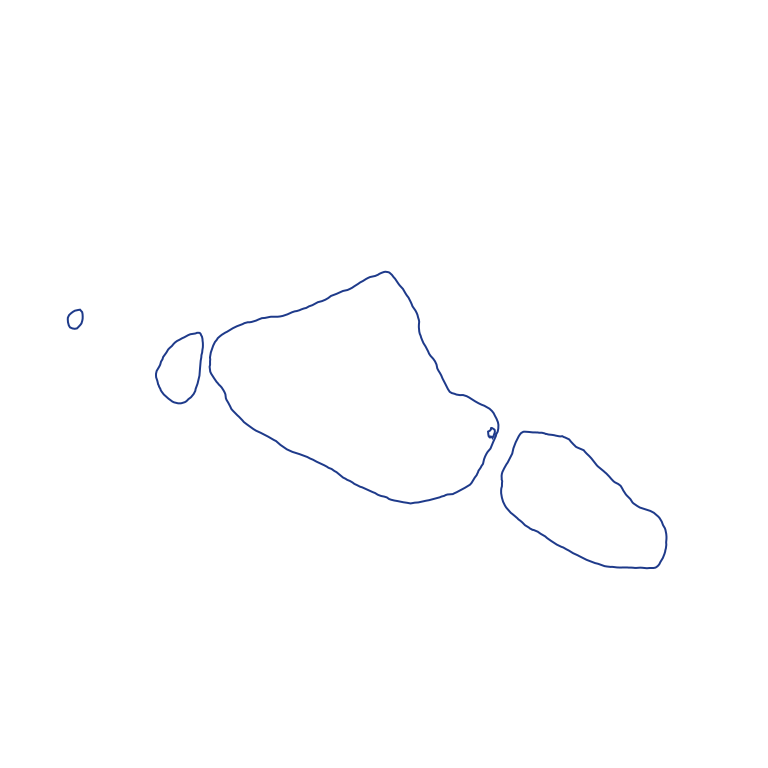 the district of Male', Maldives, rotated 289°
{"feature_id": "70690204B31972615950169", "entity_name": "Male'", "entity_type": "district", "adm_level": 2, "iso_a3": "MDV", "parent_name": "Maldives", "parent_adm1": "", "projection": "orthographic", "projection_center": [73.47, 4.391], "detail": "fine", "context": "isolated", "style": "outline", "palette": "blue", "viewbox_px": 768, "rotation_deg": 289, "n_neighbors": 0, "source": "geoboundaries", "source_scale": "gbopen_adm2", "svg_char_len": 6123}
<svg xmlns="http://www.w3.org/2000/svg" viewBox="0 0 768 768"><g transform="rotate(289 384 384)"><path d="M489.8,355.9L491.1,352.8L491.1,351.4L490.6,348.8L489.9,347.5L488.3,345.5L486.7,343.8L485.4,342.8L483.3,340.5L480.6,336.0L479.1,334.4L477.4,332.8L474.6,330.6L472.3,328.4L470.2,326.9L466.6,324.0L464.7,322.6L462.9,320.9L461.0,318.9L458.6,314.9L453.8,309.8L450.0,305.2L447.1,303.3L444.6,301.1L442.2,298.4L439.8,294.8L435.2,290.6L433.0,287.8L430.6,285.7L429.2,283.5L427.5,281.4L426.2,280.0L424.6,277.8L423.6,275.9L421.9,273.7L418.4,270.0L415.4,266.1L414.0,263.7L413.1,261.8L412.4,259.9L411.1,256.0L410.5,254.6L407.7,249.9L406.5,247.1L404.1,244.3L402.3,242.4L401.0,240.6L399.5,238.5L398.5,236.6L398.1,235.2L396.1,232.2L394.6,230.8L390.7,226.1L387.5,222.9L382.3,218.6L380.9,217.2L377.7,214.6L375.5,213.2L373.2,211.9L371.3,211.5L368.7,210.5L364.7,210.0L357.4,210.0L352.5,210.8L350.6,211.7L348.9,212.1L345.5,213.3L343.5,213.5L339.1,215.7L337.5,217.2L334.1,221.5L331.5,225.0L330.7,226.5L329.6,228.2L329.0,229.6L327.9,231.6L325.6,234.5L324.1,236.1L322.6,237.4L319.1,239.1L317.8,240.2L315.7,242.7L312.8,245.8L310.7,247.8L309.6,249.7L306.6,255.7L305.9,257.4L303.6,261.9L302.4,263.9L301.2,267.5L298.9,275.1L298.2,278.2L297.7,283.4L296.5,291.6L295.2,298.2L294.9,300.5L292.7,305.9L290.6,313.4L290.5,314.4L290.0,319.5L290.2,326.9L290.0,335.3L289.5,338.3L289.3,341.5L288.6,345.5L287.7,354.0L287.2,357.1L286.7,358.8L286.6,362.1L285.6,365.4L285.2,367.8L282.2,375.8L281.9,378.4L281.4,380.3L281.2,383.5L280.6,386.4L279.9,388.5L279.6,391.4L279.1,394.8L279.2,397.0L278.1,408.5L278.0,411.1L277.3,414.0L277.2,416.1L277.2,417.9L277.6,420.8L277.7,423.6L276.9,426.2L276.9,428.5L277.2,431.8L277.7,434.8L278.5,440.9L279.2,444.5L279.7,448.0L281.8,451.7L283.2,455.0L287.3,461.7L288.8,464.4L295.0,473.6L296.3,475.0L297.8,477.3L299.1,478.5L300.2,480.0L302.3,484.9L303.5,486.0L305.3,487.9L312.2,494.3L316.8,498.1L319.0,499.0L325.1,500.3L328.0,501.3L328.8,501.3L331.0,501.6L332.9,501.6L334.8,502.2L336.7,502.7L337.9,502.8L340.7,503.6L345.4,503.1L348.4,503.2L351.4,503.6L353.6,504.1L357.6,505.7L364.5,506.1L371.0,506.7L373.2,506.5L375.9,507.0L379.0,506.6L382.6,505.5L384.9,504.2L387.8,501.7L390.2,499.1L392.1,497.2L393.6,494.9L395.0,491.8L396.1,485.9L396.2,482.9L396.6,479.6L397.3,475.8L399.0,468.7L399.4,466.1L399.3,462.3L398.2,459.4L397.6,455.9L397.7,454.0L397.5,451.0L398.0,448.7L400.0,446.1L404.3,441.7L408.2,437.6L410.8,435.3L412.7,433.2L414.3,431.2L416.1,429.3L419.5,427.3L422.0,424.9L423.9,422.3L425.8,418.8L427.4,416.7L429.2,415.1L433.0,411.1L435.5,408.0L437.9,405.8L440.0,404.0L441.6,402.9L443.1,401.5L445.0,400.3L449.2,398.4L451.4,397.7L454.3,397.0L456.1,396.0L458.0,394.6L460.3,393.1L462.0,391.6L463.7,389.8L466.7,385.7L468.6,384.1L470.2,382.6L473.7,379.0L475.2,376.7L476.8,374.7L480.1,370.9L482.3,366.8L483.5,365.0L487.2,360.1L488.1,358.4L489.8,355.9ZM374.1,504.5L370.0,504.5L368.8,504.2L369.0,504.1L369.3,503.6L369.1,502.5L368.9,502.7L368.5,502.7L368.2,502.1L367.9,501.3L368.8,499.9L370.4,499.0L372.9,497.9L374.3,499.3L375.1,499.6L375.9,499.9L376.8,499.6L377.2,499.6L377.5,500.1L377.5,500.6L377.0,502.8L376.7,503.5L375.5,504.2L374.1,504.5ZM392.4,572.6L392.4,571.2L392.7,569.5L392.0,568.2L391.6,566.8L391.1,563.1L391.0,561.7L390.6,559.4L389.8,556.0L389.7,554.7L389.7,554.0L389.4,553.1L389.6,552.0L389.3,549.0L388.4,546.4L388.2,545.1L386.6,540.1L385.8,536.5L384.7,532.5L384.2,531.3L382.4,529.7L380.8,529.0L378.4,528.4L375.4,528.0L371.8,527.5L368.7,527.4L365.3,527.3L359.9,527.9L350.0,526.5L347.9,525.9L343.5,525.1L339.4,524.6L337.4,524.7L335.4,525.1L332.9,526.1L332.3,526.2L330.6,527.4L328.8,527.8L325.7,528.8L323.6,528.9L321.8,529.3L318.9,530.3L314.9,532.5L311.5,534.9L308.5,537.9L307.1,539.6L306.3,540.9L305.4,542.5L303.5,545.8L302.9,547.6L301.7,550.8L300.5,553.8L299.8,555.1L299.1,557.4L298.2,559.7L296.4,563.3L295.4,567.8L294.8,569.4L294.7,571.0L294.4,571.7L294.7,573.0L294.4,577.5L293.4,580.8L292.4,586.0L291.4,588.4L290.1,592.9L288.4,599.7L287.8,604.7L287.8,606.7L287.1,610.2L286.7,613.0L285.6,617.8L285.1,623.0L284.9,624.1L283.7,632.8L283.4,641.9L283.6,643.9L283.7,645.0L283.6,651.8L284.0,654.1L284.8,657.7L285.5,659.7L286.4,663.9L287.1,666.3L289.7,673.6L290.0,674.9L290.9,677.6L291.4,679.4L291.7,680.8L292.3,682.6L293.8,686.1L294.4,688.3L295.0,690.9L295.4,692.6L296.4,694.8L297.8,698.8L298.8,700.5L299.9,701.4L301.6,702.4L303.3,703.0L305.7,703.3L310.3,704.3L314.7,704.5L317.2,704.4L318.0,704.2L320.5,704.0L323.8,703.3L326.2,702.3L329.5,701.5L331.6,700.8L334.1,699.7L337.7,697.6L339.1,696.5L341.4,693.8L344.3,691.4L346.9,688.3L347.9,686.6L350.1,681.1L350.7,677.1L350.5,666.1L351.1,663.2L352.3,658.9L352.8,657.7L353.3,657.0L355.4,654.4L357.7,649.7L358.5,648.4L359.6,647.0L361.3,644.8L362.4,643.7L364.2,641.6L364.8,640.8L365.7,638.1L366.2,634.4L366.7,632.8L368.2,629.9L369.8,627.2L371.8,623.3L372.4,621.7L373.1,620.1L375.7,613.1L376.4,611.7L381.2,604.3L382.7,601.5L384.2,598.2L385.0,596.7L385.6,595.6L386.4,594.4L386.9,587.3L387.2,585.6L387.9,584.4L388.4,583.2L390.3,579.6L391.9,577.1L392.4,572.6ZM372.1,192.2L371.5,190.5L370.5,189.4L370.2,188.9L368.0,184.7L366.5,183.0L363.2,180.0L361.4,178.1L359.2,176.2L357.4,174.4L355.4,173.0L353.4,172.0L350.9,171.1L348.3,169.6L346.4,168.7L342.9,168.0L337.6,166.4L335.2,166.5L332.6,165.9L329.3,166.1L327.2,165.8L322.3,164.8L319.5,165.1L317.7,165.7L316.1,166.4L313.4,168.5L311.7,169.6L310.2,170.5L309.4,171.4L308.3,172.2L306.5,174.2L305.6,174.8L304.5,176.1L302.4,179.2L301.1,182.3L300.0,184.9L299.1,187.8L298.5,189.6L298.3,191.5L298.7,195.6L299.5,198.0L300.0,198.9L301.9,201.5L302.6,202.2L304.0,203.1L306.0,204.0L308.6,205.8L312.6,207.3L316.0,207.8L318.1,207.5L323.6,207.6L325.6,207.4L331.8,206.8L339.1,204.9L346.3,203.1L349.6,202.6L351.8,202.0L354.6,201.8L357.1,201.2L359.6,200.8L361.6,200.2L364.0,199.3L365.8,198.4L367.5,197.7L369.6,196.4L370.5,195.3L371.6,194.4L372.3,193.1L372.1,192.2ZM355.3,72.4L354.4,70.7L352.7,67.9L351.0,66.4L348.9,65.0L346.6,63.8L343.8,63.5L342.3,63.9L339.5,65.1L336.8,66.9L335.3,68.7L335.1,71.3L335.5,73.6L336.6,75.6L338.2,76.4L340.9,77.6L342.7,78.2L345.6,78.1L347.6,77.8L349.8,77.1L352.0,76.2L353.7,75.2L355.3,72.4Z" fill="none" stroke="#1e3a8a" stroke-width="2"/></g></svg>